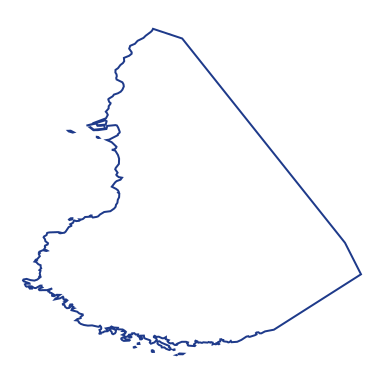 Sandgerðisbær, Suðurnes, Iceland (Equal Earth projection)
{"feature_id": "244011B94929237668673", "entity_name": "Sandgerðisbær", "entity_type": "district", "adm_level": 2, "iso_a3": "ISL", "parent_name": "Iceland", "parent_adm1": "Suðurnes", "projection": "equal_earth", "projection_center": [-22.71, 64.01], "detail": "fine", "context": "isolated", "style": "outline", "palette": "blue", "viewbox_px": 384, "rotation_deg": 0, "n_neighbors": 0, "source": "geoboundaries", "source_scale": "gbopen_adm2", "svg_char_len": 5913}
<svg xmlns="http://www.w3.org/2000/svg" viewBox="0 0 384 384"><path d="M345.0,242.8L182.2,38.5L153.0,28.8L152.1,30.6L150.8,31.9L145.7,35.7L143.5,37.9L137.6,40.8L134.9,43.8L130.2,45.8L129.2,48.7L131.7,52.3L131.6,53.8L129.1,55.8L123.9,57.9L124.2,61.2L123.8,61.8L122.9,63.1L120.4,65.0L118.0,68.2L115.5,69.9L115.4,72.5L116.5,74.3L116.8,76.2L116.2,78.0L116.6,79.5L122.4,82.3L123.5,84.3L123.8,86.5L122.4,89.7L120.7,91.7L117.9,93.3L113.9,94.6L112.7,96.3L108.5,98.9L108.3,99.6L109.2,101.9L110.6,103.1L110.5,103.7L108.7,106.2L108.6,108.5L105.8,111.7L106.9,113.0L107.8,114.9L106.0,118.3L93.2,123.1L92.2,124.1L86.4,125.6L95.8,123.6L95.4,123.3L105.2,120.3L106.6,121.2L105.7,124.6L97.2,125.3L97.5,125.8L100.8,125.8L104.1,125.2L104.9,128.6L93.8,129.7L90.4,127.1L89.7,127.3L93.4,130.2L98.2,130.1L106.4,129.0L107.3,125.9L115.5,125.1L116.9,125.5L118.1,127.5L119.7,131.7L119.7,132.5L117.8,134.4L117.8,135.2L109.2,139.6L106.8,140.0L111.7,142.2L116.5,146.8L116.1,147.9L114.3,149.4L111.8,149.8L115.0,150.5L115.7,151.3L118.0,155.1L119.1,158.7L118.9,163.9L115.7,168.0L115.2,169.3L117.6,172.7L116.3,174.8L116.7,175.5L118.7,177.1L122.0,177.7L120.5,179.7L116.6,181.1L115.2,182.3L111.8,186.7L116.1,188.9L118.0,190.4L118.8,192.0L118.1,192.6L119.3,193.5L119.1,197.3L117.8,199.8L117.4,202.8L116.0,204.8L115.6,206.8L114.2,208.5L110.4,211.2L104.2,212.0L100.0,214.5L98.2,216.3L96.6,216.9L92.8,217.5L91.3,216.1L91.5,215.5L90.8,215.4L89.9,215.9L90.2,216.7L85.1,217.0L83.2,218.8L81.6,219.5L79.5,219.4L80.1,220.1L79.1,220.8L76.3,221.1L74.5,220.5L73.9,220.8L73.1,222.7L70.3,224.2L71.3,225.1L71.3,225.9L68.7,227.1L65.6,231.7L64.4,232.7L60.1,233.3L59.6,233.1L60.1,232.5L58.3,232.1L49.3,232.4L47.2,232.9L46.5,235.1L44.0,236.5L43.6,237.3L45.0,239.3L45.4,241.2L48.0,243.2L47.6,244.5L45.1,245.6L44.8,246.2L45.2,247.5L44.1,249.2L44.3,249.7L46.6,250.2L47.4,250.7L46.3,251.0L42.9,250.2L39.4,251.7L39.0,252.4L39.8,253.1L38.8,254.0L39.8,256.2L37.3,259.1L36.1,259.6L36.7,260.4L35.3,260.6L34.5,261.6L36.1,262.0L38.4,264.3L40.6,265.2L40.7,267.2L41.2,268.3L39.4,270.1L40.5,270.8L39.7,273.5L40.2,275.2L39.5,276.3L40.2,276.3L40.6,276.9L37.3,279.6L34.4,280.6L30.5,280.1L26.6,278.9L23.5,279.5L23.0,280.4L23.7,281.3L29.5,283.3L29.6,283.7L26.4,283.6L24.9,284.3L25.8,286.2L26.7,286.7L29.3,286.2L31.8,286.4L34.1,287.9L35.8,288.1L40.2,285.6L41.5,285.6L41.4,286.6L42.3,287.4L39.4,288.5L38.9,289.6L39.5,290.2L47.2,290.1L52.2,288.4L49.1,290.2L48.4,291.5L49.7,292.1L49.9,292.7L51.4,293.0L53.7,294.5L52.0,295.1L52.2,295.9L54.0,296.2L56.7,294.8L59.8,294.9L57.7,296.5L57.7,297.8L55.6,298.4L54.8,299.4L60.1,298.3L62.9,296.7L63.4,297.3L63.1,298.2L63.6,299.3L66.2,299.5L67.1,300.2L64.9,301.2L66.0,301.6L62.8,304.0L62.9,304.6L64.4,305.0L65.3,307.0L67.0,308.2L69.0,308.0L69.9,307.4L69.4,306.2L70.3,304.5L72.2,304.4L72.4,304.7L71.7,306.3L73.2,306.8L72.7,307.7L74.1,308.2L71.9,309.1L71.5,310.2L77.2,311.7L79.4,313.5L82.7,314.4L82.8,315.3L80.6,316.8L80.7,318.1L77.3,319.1L75.8,320.3L77.6,320.5L78.8,321.7L78.8,322.4L80.8,323.9L84.0,325.0L87.9,325.6L92.1,325.4L98.4,326.8L99.6,326.5L99.7,325.8L100.1,325.7L101.1,327.0L101.3,328.4L100.9,329.3L99.5,329.9L100.4,332.9L99.4,333.4L99.5,333.7L100.8,333.6L100.8,332.7L102.9,332.4L104.6,331.4L107.7,331.2L108.0,330.8L105.9,328.4L110.1,327.6L111.4,326.5L113.8,327.5L117.8,327.8L117.3,328.8L118.0,329.3L122.7,329.5L123.8,330.2L122.7,331.1L125.4,331.3L125.9,331.9L125.0,332.7L125.2,333.4L122.5,334.8L124.3,335.4L124.4,336.4L124.9,336.9L126.8,336.8L128.0,336.0L129.4,337.6L130.8,337.5L131.4,337.0L129.5,334.7L132.2,334.3L132.2,333.3L134.4,333.2L135.6,334.5L138.0,334.4L137.7,335.8L139.5,337.2L140.2,339.3L141.2,339.4L142.1,338.9L142.2,338.3L140.4,335.7L143.9,335.6L144.2,337.8L145.2,338.6L149.9,340.2L150.4,340.9L149.8,342.6L150.9,343.7L154.5,342.4L156.8,339.8L156.1,338.3L153.9,337.2L153.9,336.4L154.7,335.8L156.4,336.9L158.8,336.7L162.3,338.3L164.0,338.2L165.9,337.1L165.8,339.2L168.7,340.2L167.6,341.3L168.6,342.6L170.5,343.4L172.8,343.1L173.4,344.1L175.0,345.0L176.8,344.9L177.2,344.5L176.8,344.0L177.2,343.7L181.8,341.8L186.1,341.8L187.9,342.4L187.1,343.5L187.9,344.1L187.8,345.1L188.3,345.6L194.7,346.1L195.2,345.6L194.0,344.7L194.2,344.0L196.4,342.2L195.3,341.1L195.6,340.7L197.5,341.4L198.3,342.7L199.9,342.4L202.0,342.9L203.3,342.3L207.6,342.6L208.7,342.0L210.3,342.6L211.0,342.1L212.7,342.6L212.6,344.4L213.7,343.9L215.9,344.3L216.5,344.0L216.4,343.2L216.8,343.1L218.3,344.2L218.9,344.2L219.2,344.0L217.9,342.4L218.4,341.9L220.2,341.4L220.3,339.3L221.4,339.2L222.0,339.9L223.3,340.0L223.3,341.1L224.1,341.4L227.3,341.8L228.2,342.4L229.5,342.1L230.8,340.9L231.6,342.2L237.2,341.8L241.4,339.9L246.4,336.6L248.4,336.2L249.0,336.8L249.9,336.8L255.0,335.2L256.5,334.4L255.9,333.1L256.5,332.5L258.5,332.3L259.7,333.3L261.4,333.3L265.0,331.4L273.9,329.7L361.0,274.3L345.0,242.8ZM169.0,347.1L169.3,346.4L168.9,345.8L161.4,342.7L159.5,341.3L158.1,341.4L157.5,342.0L157.5,343.6L158.7,344.8L161.4,345.9L161.7,347.4L164.4,347.4L166.1,348.8L169.3,350.0L170.5,349.4L170.6,348.4L169.0,347.1ZM113.1,334.2L115.0,333.3L115.7,332.2L116.0,330.3L113.3,328.8L111.8,328.6L109.6,329.0L109.3,329.6L111.6,331.8L112.0,333.5L113.1,334.2ZM129.3,340.6L129.7,340.2L129.0,339.7L125.9,339.3L123.8,337.6L122.9,337.4L121.3,338.4L121.3,339.1L122.2,340.1L123.9,340.9L129.3,340.6ZM73.8,132.3L70.7,130.7L68.1,130.8L68.7,131.4L72.7,132.6L73.8,132.3ZM69.4,220.0L72.4,219.3L72.4,218.2L70.7,218.3L69.0,219.5L69.4,220.0ZM182.8,354.3L183.6,353.7L179.4,353.5L178.0,354.2L182.8,354.3ZM153.9,351.9L153.7,350.9L152.6,350.2L151.8,350.4L151.8,351.6L152.3,352.0L153.9,351.9ZM32.0,288.6L32.1,288.0L31.3,287.7L29.4,288.0L29.8,288.6L32.0,288.6ZM139.4,344.0L139.2,343.0L137.7,343.4L137.7,344.0L139.4,344.0ZM99.2,137.9L98.2,137.0L96.8,136.8L96.8,137.3L98.1,138.0L99.2,137.9ZM135.6,347.2L135.1,346.7L133.0,347.4L134.1,347.6L135.6,347.2ZM174.6,349.8L174.5,349.4L173.1,349.7L173.8,350.1L174.6,349.8ZM176.7,355.2L177.5,354.7L176.3,355.1L176.7,355.2Z" fill="none" stroke="#1e3a8a" stroke-width="2"/></svg>